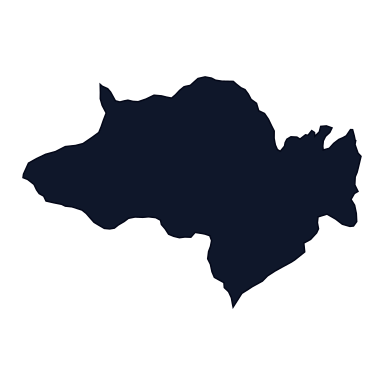 Klavdia, Larnaca, Cyprus
{"feature_id": "46923920B5144996201228", "entity_name": "Klavdia", "entity_type": "district", "adm_level": 2, "iso_a3": "CYP", "parent_name": "Cyprus", "parent_adm1": "Larnaca", "projection": "natural_earth1", "projection_center": [33.518, 34.889], "detail": "fine", "context": "isolated", "style": "filled", "palette": "ink", "viewbox_px": 384, "rotation_deg": 0, "n_neighbors": 0, "source": "geoboundaries", "source_scale": "gbopen_adm2", "svg_char_len": 2200}
<svg xmlns="http://www.w3.org/2000/svg" viewBox="0 0 384 384"><path d="M100.2,84.4L100.4,92.6L100.3,98.8L102.2,105.4L106.2,113.0L103.4,120.3L101.2,126.7L98.8,132.5L92.1,137.4L83.0,143.6L75.5,145.5L65.3,146.6L55.5,151.6L45.6,154.3L36.6,158.6L28.5,163.1L23.5,174.1L23.0,177.6L27.6,179.4L34.0,184.4L36.6,189.9L39.2,193.6L43.7,196.1L46.0,201.0L54.0,202.8L61.6,204.3L65.3,206.1L71.9,206.8L81.9,210.0L86.2,213.4L90.3,218.1L94.0,222.3L99.0,225.3L104.3,228.4L109.7,228.9L114.4,228.1L118.4,224.9L124.2,221.5L128.4,218.3L135.0,217.0L142.8,217.3L148.6,216.8L155.7,217.6L160.5,220.2L161.4,224.5L165.1,228.8L168.6,234.2L173.7,236.3L179.4,237.7L184.9,237.0L190.9,237.2L195.1,232.4L202.2,233.5L205.1,234.1L209.8,235.7L211.6,240.6L210.5,246.4L208.6,251.5L207.7,258.8L210.4,264.2L212.0,271.8L214.4,277.4L223.9,282.6L224.3,287.6L228.6,291.7L231.4,297.8L232.4,303.6L233.1,307.1L241.8,293.4L249.2,288.7L252.2,286.7L262.4,281.1L267.5,275.9L274.7,271.2L281.7,267.3L291.3,262.1L294.7,259.9L304.7,251.9L303.8,243.1L310.6,239.4L316.6,232.9L318.5,228.8L317.4,222.7L318.0,216.9L327.0,214.1L335.7,219.1L342.3,224.2L349.9,226.4L353.5,226.0L356.7,221.6L356.3,213.4L354.6,205.2L351.0,199.4L354.4,193.5L358.0,191.4L357.8,191.0L354.8,184.9L355.2,176.9L357.1,172.3L358.2,168.0L361.0,156.3L358.0,153.1L355.0,144.5L355.7,140.6L355.2,140.5L354.2,135.7L352.6,129.7L350.5,129.6L346.3,135.8L342.9,137.7L338.9,139.4L333.7,143.4L329.3,148.3L323.2,150.0L322.8,146.2L323.3,140.9L325.5,136.4L329.8,132.4L332.0,127.9L326.4,125.9L320.7,126.4L319.3,131.9L314.8,136.3L314.5,132.5L311.7,130.6L308.0,135.3L305.5,134.8L300.0,139.1L296.9,137.1L290.9,136.8L286.9,139.2L285.2,142.5L284.5,146.2L280.3,151.3L277.4,149.6L275.4,145.1L274.8,142.2L274.1,138.2L274.2,131.0L271.6,125.9L268.4,119.2L264.5,113.5L258.7,110.7L256.5,103.3L251.1,99.4L248.3,94.1L245.0,89.6L241.0,87.8L236.3,84.1L233.3,81.4L222.0,81.2L215.5,80.2L211.5,78.1L205.1,76.9L198.0,78.5L194.7,81.4L190.3,85.4L185.8,86.3L184.0,86.8L179.6,90.4L175.5,94.8L171.6,98.1L166.4,97.1L161.6,95.9L154.0,95.2L145.9,99.1L138.2,101.7L132.9,101.4L127.9,100.2L124.2,100.9L119.9,102.0L115.4,100.8L114.5,99.2L110.6,92.1L107.7,88.7L102.2,86.2L100.2,84.4Z" fill="#0f172a" stroke="#020617" stroke-width="1.5"/></svg>